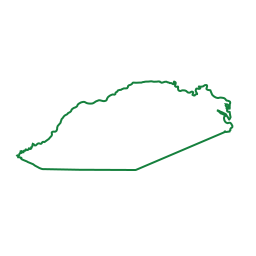 Marromeu, Sofala, Mozambique, rotated 284°
{"feature_id": "85939544B84282844658581", "entity_name": "Marromeu", "entity_type": "district", "adm_level": 2, "iso_a3": "MOZ", "parent_name": "Mozambique", "parent_adm1": "Sofala", "projection": "equal_earth", "projection_center": [35.943, -18.405], "detail": "fine", "context": "isolated", "style": "outline", "palette": "green", "viewbox_px": 256, "rotation_deg": 284, "n_neighbors": 0, "source": "geoboundaries", "source_scale": "gbopen_adm2", "svg_char_len": 5704}
<svg xmlns="http://www.w3.org/2000/svg" viewBox="0 0 256 256"><g transform="rotate(284 128 128)"><path d="M73.1,28.6L73.3,29.9L73.4,31.1L73.3,31.4L73.0,31.9L72.7,31.9L72.4,31.8L72.1,32.3L71.9,32.7L71.5,35.1L71.1,38.0L70.8,38.7L69.9,44.7L69.0,46.8L68.9,47.2L68.1,50.4L67.8,51.4L67.6,52.7L67.4,54.8L75.6,90.5L89.0,145.2L89.3,145.9L147.2,222.5L147.9,222.6L148.1,222.8L148.2,223.1L147.8,223.6L147.8,224.0L148.1,224.7L148.5,225.7L148.5,225.8L149.0,227.0L149.2,227.4L150.1,227.4L150.3,227.5L150.5,227.8L150.8,227.9L151.6,227.6L152.1,227.6L152.7,227.9L153.7,228.8L154.2,229.0L154.7,228.9L155.4,228.7L156.7,227.5L157.1,227.1L157.7,226.1L157.7,225.4L157.5,224.7L157.0,223.9L156.8,223.5L156.9,222.4L157.1,221.7L157.3,221.3L157.7,220.7L158.4,220.0L158.9,219.6L160.6,218.8L161.1,218.7L161.9,218.7L162.6,218.9L163.0,219.3L163.6,218.9L164.1,218.1L164.3,217.2L164.5,216.2L164.6,214.7L164.8,214.2L165.9,212.4L166.3,211.3L166.5,210.7L166.6,210.1L166.8,210.9L166.7,211.8L166.6,212.5L166.3,213.2L166.0,215.4L165.1,219.5L164.6,220.1L163.6,220.9L163.5,221.2L163.2,221.4L162.9,222.0L162.1,222.6L161.8,223.1L160.8,223.9L160.8,224.2L161.7,224.6L162.7,224.8L163.2,224.9L164.0,224.6L165.1,224.0L165.9,223.7L167.0,223.2L167.9,222.9L168.2,222.7L168.2,222.2L168.0,221.6L168.0,221.0L168.0,220.7L168.2,220.4L168.4,220.1L168.7,219.9L169.1,220.0L169.6,219.9L170.5,219.3L170.7,219.0L171.0,218.8L171.4,218.8L171.7,219.0L172.0,218.9L173.1,217.6L173.5,217.3L174.2,217.5L174.6,217.3L174.7,217.2L174.9,218.4L174.8,219.0L174.3,219.6L173.8,220.0L172.4,220.2L171.8,220.6L171.3,221.0L171.2,221.1L171.3,221.6L171.4,221.9L171.7,221.9L172.3,221.8L173.2,221.5L174.7,221.2L175.1,221.0L175.7,221.0L176.3,221.1L176.9,221.1L177.4,221.0L178.1,220.6L178.3,220.3L178.4,220.0L178.5,219.3L178.6,218.4L178.5,217.1L178.8,216.4L179.5,215.6L179.8,215.1L180.1,214.4L180.2,213.7L180.2,212.8L180.0,210.9L179.6,209.5L179.0,208.5L178.8,207.7L178.8,206.2L178.9,205.7L179.3,204.1L180.2,202.3L180.7,201.6L181.6,200.9L182.8,200.0L184.5,198.8L184.5,198.1L184.3,197.0L184.3,196.2L184.4,195.6L184.7,194.9L185.1,194.6L186.3,194.6L186.8,194.7L187.9,194.6L188.2,194.4L188.4,194.3L188.6,193.9L188.6,193.6L188.5,193.1L188.2,192.3L187.8,191.9L186.7,190.9L186.3,190.3L186.1,189.7L185.8,189.0L185.6,188.2L185.5,187.1L185.4,186.8L185.2,186.8L184.3,188.4L184.2,188.5L183.8,188.4L183.5,188.2L183.1,187.4L183.0,186.1L183.0,185.5L182.7,184.8L182.5,184.7L181.5,184.6L180.7,184.6L179.8,185.1L178.2,186.6L177.8,186.8L177.6,186.8L177.1,185.7L176.9,185.5L176.2,184.9L175.8,184.9L175.7,184.8L175.5,184.3L175.5,183.6L175.7,182.9L175.8,182.6L176.3,182.5L177.9,182.7L178.4,182.6L178.6,182.3L178.8,181.7L178.7,181.1L178.5,180.7L177.3,179.5L177.1,178.9L177.0,178.1L177.0,177.4L177.3,176.8L178.0,175.5L178.1,174.7L178.2,174.1L177.9,172.4L177.7,171.6L177.4,171.1L176.8,170.3L176.5,169.7L176.5,169.0L176.6,168.4L176.8,167.9L177.5,167.4L178.3,167.0L179.6,166.8L180.2,166.5L180.2,166.2L179.7,165.1L179.6,164.6L179.7,164.2L180.0,163.6L180.6,163.4L182.4,163.5L183.3,163.4L183.8,163.0L184.0,162.5L184.2,161.9L184.1,161.5L183.8,161.4L182.6,161.7L182.0,161.7L181.6,161.6L181.5,161.3L181.5,160.9L181.7,160.3L182.0,159.5L182.0,158.9L181.9,158.4L181.7,157.8L181.7,157.4L182.0,156.6L182.0,156.2L181.9,155.4L182.2,154.2L182.1,153.7L181.7,152.5L181.2,151.7L180.5,150.6L180.1,149.8L180.1,149.4L180.3,148.8L180.3,148.4L180.4,148.0L180.7,147.7L180.7,147.3L180.6,146.6L180.4,145.9L180.0,144.9L179.3,142.5L179.1,141.6L179.0,139.7L178.9,139.1L178.0,136.6L177.1,133.4L176.7,132.8L176.3,131.7L175.9,130.9L175.3,130.0L174.7,127.7L173.9,125.1L173.4,122.5L173.2,121.9L172.9,121.6L172.0,121.3L171.1,120.6L170.7,120.2L169.5,118.4L169.3,118.3L169.0,118.1L168.5,117.9L167.8,118.0L167.1,117.8L166.4,117.5L166.0,116.6L165.7,115.4L165.4,114.4L164.9,113.7L164.6,113.3L164.0,112.5L163.3,111.9L162.9,110.6L162.1,109.3L161.8,109.0L161.1,108.9L160.8,108.8L160.5,108.6L160.3,108.3L159.4,107.5L159.0,107.4L157.9,107.5L157.2,107.0L157.1,106.8L156.9,105.4L156.8,104.9L155.8,103.5L154.8,102.4L153.4,101.3L152.8,101.0L151.5,100.6L150.1,100.5L149.5,100.2L149.0,99.7L148.4,98.6L148.2,98.0L148.1,97.1L148.1,95.1L148.1,94.0L147.8,92.9L147.3,92.2L146.1,90.5L143.8,88.4L143.1,87.3L142.8,86.4L142.4,84.8L142.2,83.4L142.2,81.9L142.7,79.8L142.7,79.0L142.5,78.3L142.1,77.4L141.5,76.3L140.7,75.4L139.6,74.3L138.7,73.7L138.1,73.5L137.1,73.4L136.3,73.0L135.3,72.0L134.8,71.2L134.1,70.3L132.9,69.3L132.2,68.9L130.8,68.7L130.1,68.4L129.2,67.7L128.0,66.3L126.9,65.8L126.3,65.3L125.1,63.9L124.5,63.4L123.4,62.8L122.0,62.3L120.6,61.5L120.1,61.4L119.0,61.4L118.0,61.2L117.1,61.3L116.6,61.2L112.9,59.3L111.3,59.2L109.7,59.5L108.7,59.4L107.8,59.2L107.0,58.5L106.7,57.8L106.5,56.6L106.0,55.6L105.6,55.3L105.3,55.1L104.7,55.2L103.4,55.8L102.2,55.8L101.3,55.4L99.5,54.4L99.0,54.2L98.2,53.8L96.1,52.0L94.3,50.5L94.1,50.2L94.1,49.2L94.0,48.9L93.7,48.5L93.1,48.1L92.4,48.0L91.9,47.7L91.6,47.3L91.5,47.0L91.6,45.6L91.5,45.1L91.2,44.5L90.6,43.9L88.9,42.8L88.7,42.3L88.6,42.0L88.6,41.6L88.8,41.3L89.4,40.5L89.5,40.1L89.6,39.5L89.2,39.5L89.0,39.4L88.8,39.5L88.4,39.5L87.9,39.4L87.4,39.6L86.8,39.6L86.3,39.3L85.9,38.7L85.7,38.7L85.1,39.0L84.8,39.1L84.6,39.0L84.2,38.6L84.0,38.3L84.0,38.0L84.3,37.3L84.3,36.8L84.1,36.7L83.7,36.8L83.3,36.8L82.8,36.4L82.5,36.1L82.3,35.6L82.4,34.8L82.5,34.3L82.4,33.9L82.1,33.8L81.4,34.0L81.0,33.6L80.8,33.2L80.8,32.8L80.8,32.6L80.4,32.3L80.0,32.2L79.7,32.0L79.5,32.4L79.2,32.4L79.1,31.9L79.1,31.3L79.0,31.0L79.0,30.8L79.2,30.6L79.7,30.8L79.8,30.6L79.8,30.0L79.4,29.5L79.2,29.7L79.1,30.2L78.7,30.5L78.5,30.9L78.4,30.9L78.1,30.7L77.9,30.4L77.8,30.0L77.9,29.6L77.8,29.4L77.2,29.2L76.7,28.9L76.0,29.0L75.2,28.9L75.0,28.7L74.8,28.3L74.8,27.6L74.6,27.2L74.4,27.1L74.0,28.2L73.5,28.6L73.1,28.6Z" fill="none" stroke="#15803d" stroke-width="2"/></g></svg>